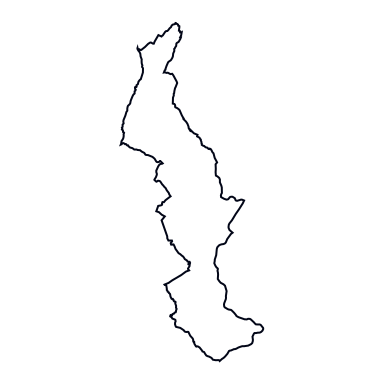 outline of Ramiriquí, Boyacá, Colombia
{"feature_id": "7082276B59732311285528", "entity_name": "Ramiriquí", "entity_type": "district", "adm_level": 2, "iso_a3": "COL", "parent_name": "Colombia", "parent_adm1": "Boyacá", "projection": "natural_earth1", "projection_center": [-73.321, 5.328], "detail": "fine", "context": "isolated", "style": "outline", "palette": "ink", "viewbox_px": 384, "rotation_deg": 0, "n_neighbors": 0, "source": "geoboundaries", "source_scale": "gbopen_adm2", "svg_char_len": 6015}
<svg xmlns="http://www.w3.org/2000/svg" viewBox="0 0 384 384"><path d="M181.7,32.3L181.2,32.6L180.1,32.4L180.2,31.3L178.9,30.7L179.4,26.9L179.3,26.1L178.2,25.7L178.1,24.7L177.3,24.0L176.5,23.8L176.0,23.1L175.5,23.0L174.9,24.1L172.8,24.6L171.7,25.5L171.0,27.1L169.6,28.3L168.1,30.3L167.3,31.0L166.1,31.1L165.2,31.8L162.8,35.4L162.0,35.9L161.5,36.5L158.4,35.1L154.6,41.6L153.8,43.7L153.1,43.7L150.9,42.5L150.1,42.6L148.2,43.8L145.1,46.9L141.3,49.9L140.5,50.0L139.2,49.2L137.7,48.9L137.5,47.9L137.4,48.2L137.6,49.3L138.4,50.7L139.5,52.0L140.3,53.7L140.6,56.4L141.7,59.4L141.6,60.9L141.7,63.1L142.0,64.4L142.4,65.3L142.1,66.2L142.1,67.0L142.7,67.7L143.0,68.5L142.9,72.5L140.8,79.2L139.9,79.8L138.5,81.6L137.9,84.1L136.5,85.3L136.6,86.7L136.2,87.1L135.4,87.0L135.0,87.3L135.1,89.1L135.7,89.7L135.4,90.6L134.6,91.3L134.6,93.5L133.4,94.6L132.5,96.3L130.7,100.7L130.2,103.4L129.6,104.3L128.0,105.8L127.7,106.5L127.3,108.4L127.3,110.7L126.4,112.0L125.4,115.5L123.6,119.9L123.3,121.3L123.6,123.5L122.6,124.6L122.6,126.8L121.9,127.7L122.3,128.5L121.9,129.5L122.9,130.3L123.1,132.1L123.8,132.4L124.1,132.8L123.6,134.1L123.7,136.0L123.4,137.8L123.0,138.9L121.5,141.2L121.2,143.6L120.8,144.6L121.5,144.3L122.5,143.3L123.3,143.1L123.9,143.3L125.1,144.2L125.7,144.0L126.3,144.3L126.9,145.2L127.4,145.5L128.1,145.4L128.6,146.3L129.8,147.4L132.5,148.2L134.2,149.5L136.5,149.5L137.7,150.0L140.0,150.2L141.9,151.7L144.3,152.9L145.4,154.6L146.0,154.9L148.1,155.1L152.5,156.9L154.6,158.7L156.2,161.4L156.7,161.9L157.4,162.1L158.3,162.1L159.2,161.8L159.9,161.0L160.3,161.0L162.7,163.4L162.2,163.7L160.3,164.0L159.2,164.9L158.2,166.4L156.3,170.6L156.3,172.1L156.9,174.0L156.7,175.1L155.9,177.2L154.4,179.6L154.4,179.9L156.2,181.6L156.6,181.7L158.0,180.7L159.6,181.0L160.3,181.5L162.2,184.4L163.4,185.6L164.0,186.5L165.7,188.2L166.7,190.2L168.8,193.0L169.3,194.5L170.6,196.3L165.5,200.2L163.9,202.2L162.5,202.1L162.0,203.4L162.1,204.4L161.8,205.0L160.8,205.4L158.2,205.9L156.3,211.3L159.0,212.2L161.7,214.7L164.8,216.4L161.6,220.3L167.2,236.3L167.3,238.4L168.4,240.5L171.9,240.5L172.1,241.3L170.7,243.1L171.1,244.6L172.2,244.7L173.0,244.3L173.6,244.5L174.6,246.5L175.5,248.9L178.6,253.2L180.3,254.2L181.8,255.6L183.1,256.5L184.0,257.7L184.8,259.1L187.0,260.5L187.5,261.5L188.0,261.7L189.6,261.8L190.1,262.9L189.9,263.7L189.0,263.1L188.4,263.9L188.4,264.3L189.1,264.6L189.6,265.4L189.5,266.2L188.0,268.6L188.0,268.9L189.1,270.4L185.9,271.6L181.3,275.0L172.3,280.3L168.6,282.9L164.5,284.6L164.8,285.0L166.1,285.2L166.3,285.5L166.8,288.6L166.8,290.0L167.4,290.6L167.6,291.6L168.8,292.4L168.9,293.0L169.8,293.7L170.1,294.2L170.5,296.6L171.4,298.5L171.6,298.8L172.7,298.9L172.7,299.4L173.5,299.8L173.8,301.0L174.2,301.4L175.1,301.6L175.6,302.1L175.3,302.9L175.3,303.6L176.1,305.8L176.0,307.8L176.5,308.5L176.6,309.0L176.1,310.3L175.9,311.8L175.7,312.3L174.6,312.6L173.9,313.7L172.9,313.9L172.5,314.1L172.1,315.3L170.7,315.0L170.4,315.4L170.2,316.4L171.5,317.2L172.4,318.6L174.8,319.5L175.4,320.0L175.6,321.4L175.1,322.6L175.0,324.2L175.6,326.1L176.1,326.9L180.3,327.9L183.7,330.2L184.5,331.3L185.2,331.8L186.6,332.0L188.0,331.8L188.4,332.0L190.2,335.7L192.7,338.5L193.1,339.5L193.3,341.5L193.5,341.8L193.9,341.6L194.2,341.9L194.3,343.6L195.9,346.3L196.3,346.6L197.0,346.3L198.0,346.5L199.6,347.5L201.9,350.4L202.5,351.5L204.0,352.0L204.3,352.3L204.9,353.5L206.3,355.5L207.4,356.1L209.1,356.6L211.5,357.9L212.9,359.7L215.7,360.2L218.7,360.1L219.3,360.3L219.7,361.0L221.9,359.0L223.6,357.9L225.1,356.5L227.4,353.8L229.0,351.0L229.9,350.6L230.9,350.5L234.1,349.1L235.0,349.1L236.3,348.7L238.4,347.5L240.3,346.8L242.2,346.2L244.2,346.2L248.2,345.6L251.0,344.2L252.2,343.1L252.8,341.1L252.9,339.8L252.5,336.6L254.0,333.5L254.7,333.0L255.9,333.1L257.7,332.7L259.8,332.6L261.2,331.9L262.5,330.6L263.2,329.1L263.2,328.5L263.1,327.9L260.7,324.9L259.8,324.5L256.0,324.4L255.0,323.6L253.9,322.3L250.8,319.4L249.9,318.9L248.1,318.8L246.8,319.4L244.6,319.3L238.8,317.3L237.4,316.6L236.3,315.8L235.9,315.0L234.1,312.8L231.8,310.5L231.0,309.9L228.6,309.5L227.5,309.0L224.7,307.3L224.2,306.4L224.0,304.5L224.2,303.3L225.8,299.2L226.0,297.9L225.9,296.1L226.6,291.1L225.0,285.7L223.5,284.3L220.7,282.8L219.3,281.2L217.8,279.0L218.1,274.6L217.9,272.4L217.5,270.8L217.9,268.9L217.4,268.1L216.6,267.5L215.8,266.4L215.1,265.1L214.3,263.2L214.7,261.2L214.8,259.5L216.2,255.2L216.8,248.9L217.3,247.3L219.0,245.4L220.1,244.8L221.7,244.3L223.3,244.1L224.6,243.6L225.3,243.1L225.9,242.3L227.2,239.1L230.9,234.0L232.6,232.7L229.5,230.0L228.7,228.2L228.5,227.1L228.8,224.8L229.4,223.5L232.0,220.2L235.8,213.9L239.0,209.3L242.8,203.3L244.1,200.5L242.1,199.7L241.1,199.6L237.2,200.8L236.1,200.6L235.6,200.2L234.8,198.2L232.6,196.8L231.7,196.7L230.3,196.9L229.7,197.4L228.2,199.2L227.3,199.5L226.4,199.6L224.1,198.8L221.1,197.1L220.9,195.4L221.3,194.0L221.9,193.0L221.8,187.5L221.3,185.6L219.9,182.4L219.9,179.5L219.2,177.9L217.4,176.4L215.9,175.6L215.6,172.2L215.8,168.9L215.6,164.3L217.1,162.4L214.7,157.9L213.5,153.3L212.5,152.3L211.2,149.7L210.5,148.9L209.4,148.6L209.2,148.7L209.7,149.1L208.7,149.0L208.0,148.5L207.4,147.7L205.9,147.4L204.9,146.7L204.2,146.0L203.3,145.8L201.8,144.9L201.8,143.5L201.5,143.3L201.4,141.8L200.8,140.4L200.8,139.5L200.2,139.0L199.5,137.7L197.1,136.4L197.5,134.8L193.9,133.3L190.7,130.1L190.7,131.1L190.4,131.0L188.7,128.2L188.5,126.5L187.4,123.7L186.0,121.6L183.8,119.4L183.8,118.7L183.3,118.6L183.3,118.0L181.8,115.3L179.6,110.2L178.7,109.2L177.0,108.0L175.4,107.3L175.1,106.8L175.2,105.7L174.9,104.6L174.4,104.0L172.8,103.6L173.0,97.6L173.8,95.4L173.7,93.8L174.1,93.3L174.4,91.0L175.0,88.3L175.6,87.1L177.2,83.0L176.6,81.4L173.3,75.3L172.2,73.8L170.4,74.1L167.8,72.7L166.5,72.9L164.9,72.3L163.9,72.5L164.7,70.4L165.5,69.6L165.5,68.9L166.5,66.0L168.1,62.3L168.7,61.7L170.6,60.4L171.1,59.9L172.4,57.7L172.9,56.3L173.2,53.5L174.3,51.0L174.2,48.9L174.7,48.5L175.3,47.2L176.1,46.1L176.3,44.8L176.3,43.9L176.5,43.4L176.8,43.0L178.6,41.9L180.3,39.0L180.9,37.4L180.2,37.3L181.2,35.2L181.7,32.3Z" fill="none" stroke="#020617" stroke-width="2"/></svg>